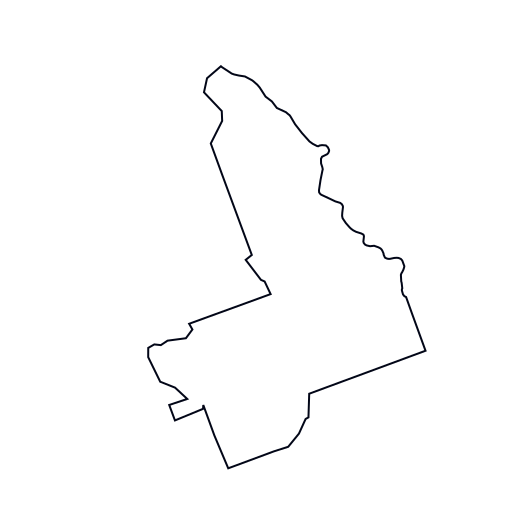 Nez Perce, Idaho, United States of America, rotated 160°
{"feature_id": "52423323B94471153891164", "entity_name": "Nez Perce", "entity_type": "district", "adm_level": 2, "iso_a3": "USA", "parent_name": "United States of America", "parent_adm1": "Idaho", "projection": "natural_earth1", "projection_center": [-116.873, 46.243], "detail": "fine", "context": "isolated", "style": "outline", "palette": "ink", "viewbox_px": 512, "rotation_deg": 160, "n_neighbors": 0, "source": "geoboundaries", "source_scale": "gbopen_adm2", "svg_char_len": 1840}
<svg xmlns="http://www.w3.org/2000/svg" viewBox="0 0 512 512"><g transform="rotate(160 256 256)"><path d="M129.1,109.0L129.1,143.3L129.1,144.4L129.1,147.8L129.0,165.9L129.0,166.1L130.3,167.5L131.0,169.6L130.7,173.7L130.3,174.8L129.6,175.6L128.3,181.0L128.2,182.5L126.3,188.7L125.3,190.0L124.4,190.6L122.2,192.7L120.8,194.5L120.1,195.7L120.1,201.4L120.2,202.0L120.9,203.7L122.7,205.4L124.4,206.2L126.8,206.9L131.1,207.5L132.5,208.0L133.7,208.7L135.2,210.1L135.4,210.7L135.6,213.5L135.3,214.8L135.5,217.9L135.8,219.2L136.4,220.5L138.0,222.3L141.5,225.2L145.5,226.2L148.4,228.1L149.6,229.4L150.3,231.4L150.2,232.8L147.9,237.4L147.7,238.4L147.8,239.4L149.3,241.1L153.7,244.5L155.0,245.9L155.9,246.9L157.3,249.0L158.2,250.8L160.3,256.2L161.7,261.8L161.4,264.2L160.1,267.2L157.5,272.3L157.3,273.3L157.6,275.3L158.7,277.1L162.8,280.2L166.9,284.4L173.8,291.3L174.6,292.8L174.9,294.3L174.3,296.3L169.4,305.3L164.4,313.5L163.6,314.7L163.3,316.9L163.2,320.7L161.7,325.1L160.0,326.7L154.4,327.3L153.3,327.8L152.6,328.3L151.4,329.7L151.1,330.5L151.1,331.4L151.3,333.6L152.5,336.0L156.0,337.6L158.6,338.1L159.7,337.8L160.9,338.3L164.3,342.0L166.6,345.4L170.8,355.9L174.2,366.4L175.9,375.5L176.4,377.1L176.9,377.7L178.7,380.9L185.8,388.0L188.2,395.8L192.5,402.5L194.9,413.0L196.1,416.3L198.7,421.1L199.7,422.6L205.0,428.5L210.3,431.4L214.5,434.1L216.4,435.7L223.4,445.1L224.1,446.3L241.2,439.8L248.9,427.6L238.6,403.9L241.6,394.5L260.0,377.2L260.0,344.1L259.6,258.4L267.0,255.9L259.5,231.9L256.6,229.1L255.3,215.2L342.0,215.2L340.9,208.7L350.0,202.7L368.1,206.7L375.9,204.8L381.8,207.7L388.7,206.5L391.9,197.8L389.0,170.6L377.1,160.0L369.5,145.2L388.5,145.7L388.4,129.2L358.0,130.5L356.5,134.0L356.5,101.6L354.7,66.0L306.0,66.3L291.0,65.7L276.4,74.4L265.1,85.9L261.9,86.4L253.1,108.4L129.1,109.0Z" fill="none" stroke="#020617" stroke-width="2"/></g></svg>